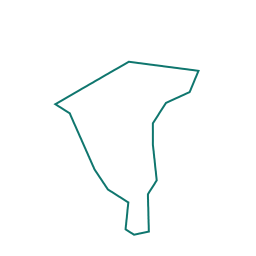 Texel, Netherlands, rotated 303°
{"feature_id": "6326949B53858734726992", "entity_name": "Texel", "entity_type": "district", "adm_level": 2, "iso_a3": "NLD", "parent_name": "Netherlands", "parent_adm1": "", "projection": "mercator", "projection_center": [4.818, 53.078], "detail": "fine", "context": "isolated", "style": "outline", "palette": "teal", "viewbox_px": 256, "rotation_deg": 303, "n_neighbors": 0, "source": "geoboundaries", "source_scale": "gbopen_adm2", "svg_char_len": 3647}
<svg xmlns="http://www.w3.org/2000/svg" viewBox="0 0 256 256"><g transform="rotate(303 128 128)"><path d="M198.6,123.0L197.9,121.6L196.8,119.3L195.7,117.0L195.6,116.9L194.6,114.7L193.4,112.3L192.0,109.3L190.8,106.8L190.5,106.2L189.3,103.6L188.6,102.2L188.1,101.3L187.9,100.8L186.6,98.0L185.4,95.5L184.0,92.6L181.0,91.1L178.2,89.7L176.1,88.6L173.9,87.5L171.6,86.3L169.4,85.1L166.8,83.8L164.9,82.8L162.6,81.7L160.8,80.7L158.2,79.4L156.0,78.3L153.5,77.1L151.5,76.0L149.2,74.8L147.2,73.9L145.0,72.7L142.9,71.6L140.8,70.6L138.7,69.5L136.8,68.5L135.3,67.7L134.8,67.5L132.0,66.1L128.3,64.2L127.3,63.7L124.9,62.5L121.6,60.8L118.0,59.0L114.6,57.3L112.3,56.1L110.1,55.0L108.4,54.1L108.4,56.0L108.4,58.0L108.5,60.6L108.5,63.4L108.5,65.8L108.6,71.2L107.2,73.2L105.7,75.5L104.4,77.5L103.1,79.4L101.7,81.6L100.3,83.8L98.3,86.8L97.1,88.7L95.9,90.5L94.7,92.3L93.4,94.4L92.9,95.2L92.3,96.0L91.7,96.9L91.1,97.9L90.5,98.8L89.9,99.7L89.2,100.8L88.6,101.7L88.0,102.6L87.4,103.6L86.9,104.3L86.4,105.0L85.9,105.8L85.5,106.5L85.0,107.2L84.6,107.9L84.5,108.0L84.0,108.8L83.4,109.6L82.9,110.4L82.4,111.3L81.7,112.2L81.2,113.0L80.9,113.5L80.7,113.9L80.1,114.7L79.5,115.6L79.0,116.4L78.5,117.2L78.0,117.9L77.5,118.7L76.9,119.6L76.4,120.5L75.8,121.3L75.4,121.9L75.0,122.6L74.1,124.6L73.6,125.8L73.2,126.8L72.7,127.9L72.1,129.3L71.6,130.4L71.0,131.8L70.7,132.6L70.2,133.7L69.7,134.9L69.1,136.2L68.6,137.3L68.2,138.4L67.8,139.3L67.3,140.4L66.9,141.3L66.5,142.3L66.0,143.5L65.5,144.5L65.5,145.6L65.5,146.9L65.5,148.1L65.6,149.3L65.6,150.5L65.6,151.8L65.6,153.0L65.6,154.2L65.6,155.5L65.6,156.7L65.6,157.9L65.7,159.0L65.7,160.4L65.7,161.4L65.7,162.7L65.7,163.9L65.7,165.0L65.7,166.3L65.7,167.6L65.8,168.8L64.8,169.3L63.8,169.8L62.9,170.3L61.9,170.8L61.0,171.2L60.1,171.7L59.0,172.2L58.1,172.7L57.2,173.2L56.2,173.7L55.3,174.2L54.4,174.6L53.5,175.1L52.6,175.6L51.6,176.1L50.6,176.6L49.7,177.0L48.8,177.5L47.8,178.0L47.0,178.4L46.2,178.9L45.2,179.3L44.3,179.8L42.9,180.5L41.7,181.2L41.7,182.2L41.7,183.6L41.7,184.8L41.7,186.0L41.7,187.2L41.8,188.5L41.8,189.6L41.8,191.2L42.7,192.1L43.5,192.9L44.2,193.6L44.9,194.3L45.6,194.9L46.2,195.6L46.9,196.3L47.6,197.0L48.2,197.6L48.9,198.3L49.6,199.0L50.4,199.8L51.1,200.5L51.8,201.2L52.5,201.9L53.6,201.1L54.8,200.3L56.1,199.4L57.2,198.7L58.3,197.9L59.6,197.0L60.7,196.2L62.0,195.4L63.3,194.4L64.6,193.6L65.8,192.7L67.2,191.8L68.4,191.0L69.7,190.1L70.9,189.3L72.1,188.5L73.3,187.6L74.7,186.6L76.1,185.7L77.2,184.9L78.5,184.1L79.5,183.3L80.6,182.6L81.6,181.9L82.7,181.2L83.3,180.8L83.8,180.8L85.5,180.7L87.1,180.7L88.5,180.7L89.9,180.7L91.5,180.7L92.1,180.7L93.0,180.7L94.3,180.7L95.5,180.7L97.0,180.6L98.7,180.6L99.7,180.6L99.8,180.5L101.1,179.5L101.2,179.4L102.2,178.6L103.4,177.6L104.4,176.8L105.4,176.0L106.7,175.0L107.7,174.1L108.8,173.2L110.0,172.2L111.5,171.0L112.8,170.0L114.1,168.9L114.8,168.4L115.4,167.9L116.5,167.0L117.6,166.0L118.8,165.1L119.8,164.3L119.9,164.2L121.1,163.2L122.2,162.4L123.1,161.6L124.3,160.6L125.3,159.8L126.4,158.9L127.2,158.2L129.0,157.0L129.8,156.5L131.2,155.6L133.8,153.9L136.1,152.4L138.3,151.0L141.0,149.2L143.0,147.9L145.5,146.3L147.8,146.3L150.3,146.3L152.6,146.3L155.1,146.3L157.6,146.2L160.0,146.2L162.5,146.2L164.8,146.2L167.2,146.2L169.7,146.2L171.8,147.5L172.1,147.7L174.2,149.0L176.7,150.6L179.1,152.1L181.5,153.7L183.8,155.1L186.4,156.8L188.7,158.2L191.6,160.1L193.7,159.8L196.2,159.3L198.5,158.9L201.2,158.4L203.4,158.0L205.8,157.5L208.4,157.1L211.0,156.6L214.3,156.0L213.1,153.4L212.0,151.0L210.6,148.2L209.6,146.0L208.5,143.7L207.3,141.3L206.2,139.0L205.1,136.6L203.8,134.0L202.7,131.6L201.5,129.2L200.3,126.7L199.0,124.0L198.6,123.0Z" fill="none" stroke="#0f766e" stroke-width="2"/></g></svg>